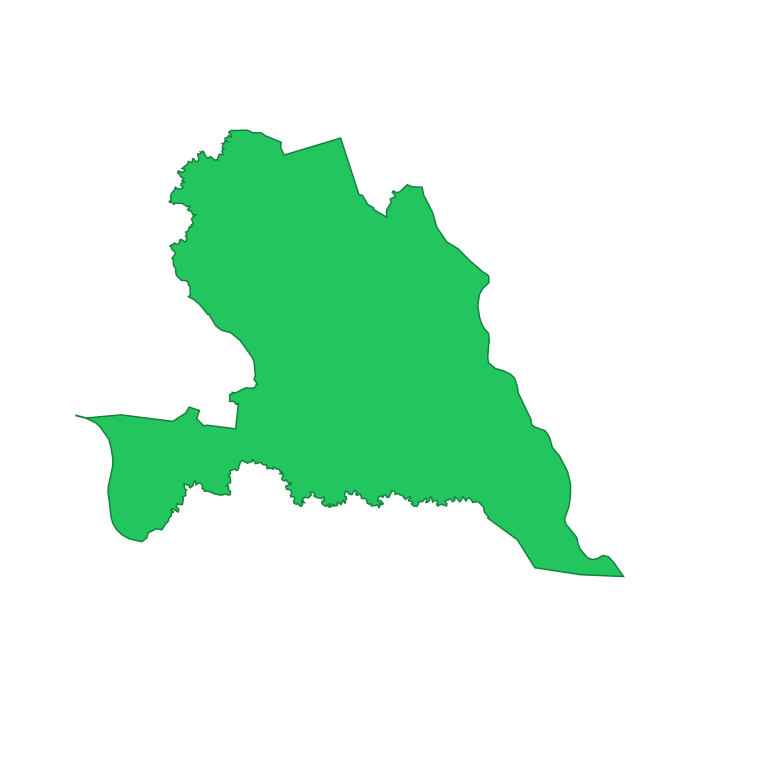 Nīgrandes pag., Saldus, Latvia, rotated 17°
{"feature_id": "27541924B79639450642691", "entity_name": "Nīgrandes pag.", "entity_type": "district", "adm_level": 2, "iso_a3": "LVA", "parent_name": "Latvia", "parent_adm1": "Saldus", "projection": "mercator", "projection_center": [22.027, 56.455], "detail": "fine", "context": "isolated", "style": "filled", "palette": "green", "viewbox_px": 768, "rotation_deg": 17, "n_neighbors": 0, "source": "geoboundaries", "source_scale": "gbopen_adm2", "svg_char_len": 6168}
<svg xmlns="http://www.w3.org/2000/svg" viewBox="0 0 768 768"><g transform="rotate(17 384 384)"><path d="M415.4,233.1L402.3,229.7L388.5,218.5L380.6,206.1L366.6,191.6L363.0,184.7L353.8,187.1L347.9,186.7L343.1,195.5L339.9,197.4L336.4,196.6L335.9,198.2L339.2,200.1L340.1,201.6L335.9,205.1L337.8,208.2L335.6,217.2L337.8,223.7L323.3,220.3L322.7,218.7L315.8,217.0L308.3,209.9L304.7,210.2L270.6,161.5L221.5,194.3L216.0,188.0L215.0,182.9L197.8,181.3L193.1,179.7L185.1,182.1L179.2,181.2L163.3,186.5L162.0,188.8L164.9,190.3L165.9,192.7L162.7,191.7L162.5,193.5L160.2,195.3L160.8,197.4L163.3,197.9L160.9,198.7L160.6,200.6L159.0,201.4L160.6,202.5L160.2,204.0L160.5,205.8L162.3,206.0L160.8,208.5L163.0,211.8L159.4,212.4L158.9,216.7L159.4,218.2L156.3,219.4L151.8,217.2L149.0,219.8L146.0,217.6L143.8,214.7L141.9,214.6L141.8,215.6L140.5,215.9L141.3,216.6L141.1,217.6L138.5,218.6L141.1,223.0L140.9,225.4L139.2,226.4L136.1,224.3L135.2,224.6L135.6,228.3L131.8,228.4L132.0,230.9L127.8,237.0L130.6,237.0L131.1,237.9L130.8,239.0L128.5,240.7L125.3,240.3L124.8,241.4L125.3,242.8L127.8,243.4L128.3,244.9L132.5,246.1L131.3,248.8L134.0,249.4L131.4,251.4L131.5,253.2L134.4,254.4L133.5,256.1L131.0,257.8L127.0,256.9L127.0,259.2L125.0,264.4L125.2,267.4L126.6,270.4L125.4,272.0L125.7,272.9L129.0,272.3L130.4,273.8L131.5,272.2L138.0,270.3L144.3,271.9L146.5,270.8L146.4,272.8L145.2,274.5L146.4,275.3L148.8,275.0L151.9,278.1L154.5,277.3L152.7,279.5L151.7,282.4L154.7,286.5L153.1,288.5L154.1,289.8L152.0,290.8L152.0,295.0L149.9,296.7L151.7,298.4L151.0,300.9L152.6,301.4L152.9,304.5L152.1,306.3L148.0,305.0L146.3,306.3L147.0,307.3L147.1,308.7L144.9,311.3L142.4,310.4L141.7,312.3L140.5,312.5L139.0,314.7L140.6,315.2L141.5,317.1L146.6,319.5L144.5,325.7L146.4,327.4L147.9,331.8L151.4,335.1L151.6,337.0L153.8,340.8L159.9,344.1L164.3,343.1L167.3,344.1L167.7,346.0L169.9,347.7L172.8,355.3L171.4,357.7L177.7,358.9L185.2,362.2L195.1,369.0L195.8,368.3L206.3,377.6L213.1,380.1L222.3,379.7L233.7,384.4L250.2,397.1L253.2,400.6L258.6,413.7L258.4,417.6L263.2,421.4L261.9,422.0L261.9,424.5L259.6,426.5L252.7,428.2L244.7,435.9L241.2,436.4L241.9,437.5L239.6,439.3L241.5,445.7L245.8,444.5L248.5,446.8L250.5,445.3L255.2,470.3L226.9,475.1L223.8,476.7L215.0,471.9L215.3,463.3L204.4,463.1L202.7,470.0L192.9,481.5L141.6,490.4L109.6,503.4L98.7,504.0L98.7,504.4L108.7,503.8L119.7,505.4L124.9,507.9L137.0,517.3L141.7,524.9L146.8,535.3L148.6,542.4L150.4,562.9L151.7,567.9L162.1,591.3L165.0,596.0L170.8,601.4L177.8,604.9L185.5,606.5L198.5,605.7L202.1,600.7L202.1,595.2L208.6,589.1L214.2,588.3L215.9,582.2L217.9,578.1L217.6,575.1L219.1,572.6L218.3,569.6L220.0,568.4L219.7,567.4L217.1,567.0L217.1,565.5L218.7,565.1L224.3,566.7L224.7,565.7L224.2,563.5L221.2,562.6L221.2,559.3L226.5,558.3L225.6,552.2L224.3,551.1L227.0,548.6L225.9,545.9L225.7,543.9L226.1,542.9L224.1,542.7L222.1,538.1L227.6,538.0L228.2,539.7L229.0,539.9L231.1,537.0L230.6,534.3L231.8,531.7L233.6,535.4L236.3,532.5L239.2,533.1L240.3,534.6L240.4,537.0L242.6,537.6L243.6,539.0L247.0,537.9L254.7,538.6L260.9,537.9L264.2,535.8L268.5,535.5L269.3,534.5L268.6,531.5L265.6,530.3L266.0,528.9L265.1,527.2L263.3,527.6L263.8,525.5L265.9,523.5L266.0,522.6L264.2,518.1L262.1,517.0L263.4,514.7L262.2,512.1L266.2,508.8L267.9,509.9L269.2,509.4L269.7,506.6L269.0,505.0L269.5,503.6L269.5,500.3L270.4,498.6L276.4,499.7L280.4,496.7L280.7,495.9L279.8,495.1L280.2,494.7L281.9,495.2L284.3,497.8L289.0,495.0L291.8,496.5L295.4,495.7L297.0,499.2L299.8,497.7L303.1,497.8L302.5,496.2L303.0,495.6L306.2,496.8L309.3,496.2L309.9,497.7L311.9,497.9L310.6,500.2L312.3,500.0L312.7,498.6L314.1,499.7L314.1,504.8L314.7,505.5L317.2,505.8L318.3,504.4L322.4,507.0L323.8,505.3L324.3,506.4L324.0,507.4L320.1,510.1L320.4,511.8L321.9,513.1L324.3,512.5L326.2,513.4L327.6,515.1L327.1,517.7L327.8,519.0L330.7,518.4L331.9,519.2L332.4,520.1L331.6,522.1L332.5,524.0L335.0,524.7L336.7,523.7L340.0,525.4L340.8,524.9L341.4,522.4L339.7,520.8L342.5,520.6L339.5,518.5L341.4,515.5L345.1,515.0L347.0,511.1L345.0,509.9L346.4,508.5L349.4,508.6L350.1,509.9L349.7,511.5L352.2,512.2L357.9,511.8L358.9,509.8L359.8,509.7L360.5,510.6L360.2,512.6L360.8,513.6L359.1,514.2L359.3,516.0L361.1,517.4L364.8,517.9L366.0,515.1L367.0,514.5L367.5,515.2L367.0,517.6L367.7,517.8L369.2,516.9L370.4,514.0L371.1,514.2L371.3,515.4L375.0,513.8L374.1,511.0L374.4,510.3L378.2,511.9L378.7,507.5L381.6,509.3L381.9,508.4L381.0,506.9L381.8,504.4L380.8,503.0L379.2,503.1L378.6,500.5L378.7,497.8L379.9,497.4L382.7,499.4L385.6,499.3L387.1,494.4L390.1,495.4L389.0,497.4L390.6,498.4L393.2,496.4L395.3,498.2L395.6,499.6L397.3,499.9L398.8,498.9L401.1,499.6L402.8,502.8L404.7,503.3L406.2,502.5L407.6,504.4L413.4,501.5L415.1,503.7L416.0,501.7L415.0,499.5L417.8,499.8L418.1,498.5L415.0,496.4L412.3,497.8L412.0,493.1L413.8,492.0L416.0,492.7L416.5,489.8L417.1,489.2L420.1,491.6L421.7,491.0L422.8,483.9L425.7,483.5L426.9,486.3L430.4,484.4L431.7,485.5L433.6,485.0L438.1,488.1L441.7,483.9L442.7,485.2L441.4,487.5L441.6,488.5L445.9,488.1L446.3,489.2L445.2,490.6L448.3,492.0L451.3,491.2L451.9,488.5L451.6,486.7L455.3,485.0L457.2,481.0L458.7,481.8L458.7,485.0L460.2,484.5L461.6,481.9L461.2,478.7L461.6,478.3L462.7,478.7L465.0,482.7L466.6,480.6L469.0,480.2L469.6,481.1L469.6,483.9L470.9,484.9L473.7,482.3L479.4,482.3L479.2,480.0L476.9,478.6L476.9,477.5L479.5,476.3L480.1,474.5L481.1,474.2L484.0,476.6L485.7,474.4L484.3,471.4L488.0,472.4L490.7,474.5L491.6,473.1L492.4,468.8L496.7,471.8L496.9,469.6L498.5,468.0L501.0,468.8L503.5,471.4L508.3,468.9L515.0,472.4L517.5,477.2L522.7,480.5L522.5,481.9L557.1,494.0L582.0,515.6L627.6,508.9L669.3,498.1L655.8,487.4L648.9,483.6L643.5,483.9L639.1,488.6L634.3,491.1L629.0,490.5L619.8,484.5L616.1,479.8L613.2,474.4L598.8,464.7L596.7,461.5L596.1,458.7L596.7,448.1L595.7,440.0L594.1,433.1L591.4,424.7L585.2,414.2L573.0,401.7L563.5,395.4L558.4,387.4L555.6,384.5L551.6,381.6L541.3,381.1L537.2,379.9L534.6,374.6L515.1,353.4L512.1,347.2L507.2,340.3L502.1,337.7L494.0,336.4L486.1,336.7L477.9,333.2L475.5,328.6L472.8,316.7L472.4,312.9L469.3,305.1L463.1,301.3L459.3,297.2L456.0,292.5L450.7,281.5L449.1,270.6L450.3,264.3L454.7,256.3L452.9,250.8L451.3,249.4L445.1,247.7L429.1,240.5L415.4,233.1Z" fill="#22c55e" stroke="#15803d" stroke-width="1.5"/></g></svg>